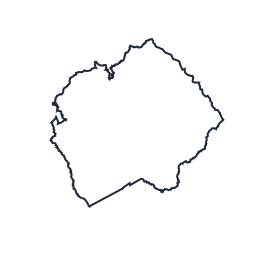 Trancas, Tucumán, Argentina, rotated 136°
{"feature_id": "61730980B98032525509739", "entity_name": "Trancas", "entity_type": "district", "adm_level": 2, "iso_a3": "ARG", "parent_name": "Argentina", "parent_adm1": "Tucumán", "projection": "orthographic", "projection_center": [-65.459, -26.341], "detail": "fine", "context": "isolated", "style": "outline", "palette": "slate", "viewbox_px": 256, "rotation_deg": 136, "n_neighbors": 0, "source": "geoboundaries", "source_scale": "gbopen_adm2", "svg_char_len": 5838}
<svg xmlns="http://www.w3.org/2000/svg" viewBox="0 0 256 256"><g transform="rotate(136 128 128)"><path d="M210.6,111.2L208.7,107.4L208.7,105.5L209.4,101.9L210.4,99.2L210.2,98.1L209.1,98.2L173.3,88.0L172.9,88.5L165.1,87.2L166.2,85.4L153.9,82.4L152.9,80.9L152.8,79.9L153.5,78.8L153.4,78.0L152.1,77.4L152.0,76.5L152.5,75.8L150.8,74.6L150.7,74.2L151.4,73.4L151.3,73.0L150.3,71.7L150.4,70.7L149.4,70.5L149.3,70.1L149.3,68.2L150.2,66.8L150.3,66.1L148.5,61.5L147.2,60.5L147.3,59.9L148.1,59.5L148.4,59.0L148.1,58.2L147.6,57.8L147.2,57.9L145.8,58.9L144.9,58.1L143.9,58.4L143.2,57.8L141.9,55.0L139.8,53.9L139.2,53.9L139.1,54.5L138.8,54.5L136.7,53.3L136.2,52.4L133.4,52.2L132.8,51.8L131.2,52.9L130.9,53.9L130.5,54.3L129.4,53.6L128.9,53.6L129.0,54.6L127.8,55.2L128.1,56.1L127.7,56.5L126.3,59.1L124.7,60.0L123.6,59.8L122.6,61.0L121.5,61.1L121.1,61.9L120.0,62.8L119.5,64.1L117.5,65.5L114.5,65.7L113.6,65.1L113.7,64.3L111.2,64.5L109.3,63.9L109.6,62.5L108.9,61.6L108.1,61.5L107.6,60.7L106.7,60.5L105.7,61.6L104.6,61.8L104.0,61.1L102.1,61.3L101.8,60.6L101.4,60.9L100.7,60.5L98.1,60.4L96.3,61.3L95.3,61.2L94.0,61.8L93.8,61.3L93.3,61.7L92.4,61.2L91.6,61.3L91.5,60.7L90.9,61.0L90.0,60.5L89.1,60.6L87.6,59.7L87.2,60.0L86.8,59.8L86.1,60.7L85.2,61.4L84.2,61.3L83.8,61.9L82.5,62.3L82.4,63.1L79.5,64.9L79.2,65.5L78.7,65.8L78.2,67.0L76.1,66.7L74.7,68.6L73.2,68.8L71.8,69.4L69.4,69.1L67.9,69.4L66.6,68.4L66.2,67.5L65.6,67.0L65.4,66.0L64.1,66.8L62.9,66.6L62.2,67.0L61.8,66.6L61.4,67.2L59.5,67.8L53.7,67.7L53.5,70.2L52.4,72.6L52.1,74.1L51.4,74.9L51.5,76.3L51.0,78.3L51.1,78.7L52.8,80.5L52.0,81.9L52.4,83.1L52.1,86.2L50.3,87.4L50.0,90.5L48.7,91.9L48.5,92.5L48.6,94.5L48.3,95.8L49.4,96.1L50.2,96.8L50.5,98.4L50.3,100.8L50.0,101.6L49.1,102.5L48.0,104.3L48.8,105.0L49.1,105.7L47.4,107.9L46.2,110.6L45.2,111.2L48.4,114.4L49.3,115.8L49.2,116.6L45.8,119.3L45.5,120.3L45.5,120.8L46.1,121.0L48.1,124.6L48.5,127.4L48.1,128.8L47.3,129.8L47.0,130.9L46.4,131.1L48.4,132.1L46.2,138.1L45.2,139.3L45.0,140.3L45.1,141.4L47.7,146.5L46.2,150.0L46.3,151.0L48.6,156.2L48.8,158.1L48.4,160.7L49.3,162.2L49.8,164.2L51.2,166.2L50.9,168.7L50.4,169.6L50.7,171.6L49.6,172.9L49.0,175.3L50.6,176.4L51.2,176.4L51.8,177.0L52.5,176.9L54.4,178.0L54.6,177.6L55.4,177.4L55.8,177.6L56.6,176.9L57.0,177.1L56.7,177.2L57.0,177.5L58.1,177.7L58.7,177.2L59.8,177.5L61.4,176.9L62.9,177.3L64.4,178.4L64.3,179.3L65.0,180.3L66.2,180.5L67.0,181.7L67.6,181.9L68.1,183.5L68.8,184.3L68.8,185.3L70.0,185.5L71.0,184.8L71.5,183.6L72.8,183.6L73.3,183.2L75.5,182.7L76.8,183.1L77.2,183.8L77.6,183.9L78.2,183.1L79.5,182.8L79.8,182.1L81.0,181.9L82.0,180.9L83.5,180.2L84.9,180.0L85.8,180.8L86.7,180.3L87.1,180.7L87.1,181.1L87.7,180.9L87.9,181.1L88.8,180.6L89.6,181.2L91.1,180.9L92.2,181.9L92.7,181.9L92.8,182.4L94.6,182.0L94.9,182.4L94.8,182.8L95.5,182.8L95.7,183.1L96.2,183.1L96.4,183.6L97.3,182.7L98.3,183.1L98.7,183.6L99.1,183.4L99.4,182.4L99.2,181.7L99.3,181.0L100.1,179.1L99.8,177.6L100.0,177.2L101.4,177.1L101.7,177.4L102.1,177.3L102.4,177.9L102.6,177.4L102.0,176.7L102.9,177.1L102.5,176.2L103.0,176.1L102.9,175.6L103.4,175.1L104.5,175.4L104.8,175.1L105.6,175.8L106.2,175.8L106.4,176.2L107.5,175.8L107.5,176.3L106.8,176.6L107.3,177.0L107.2,177.3L105.9,177.7L103.2,180.8L103.2,183.0L102.2,183.4L102.2,184.3L103.2,184.7L103.7,185.4L103.0,185.4L102.7,186.1L101.8,186.4L100.3,188.5L100.4,188.9L101.5,189.7L101.7,190.1L102.8,190.3L104.2,192.0L105.1,194.2L105.3,196.1L104.8,197.1L105.7,198.5L106.3,198.3L106.7,197.1L107.9,196.4L108.8,194.9L109.2,193.5L109.7,194.3L112.8,195.6L113.5,195.7L114.6,195.4L115.5,195.8L118.4,197.8L118.8,198.3L119.0,199.5L122.4,200.1L122.7,200.7L125.1,202.9L126.0,203.0L127.1,203.7L127.4,203.6L127.4,203.0L127.8,202.5L128.3,202.4L130.3,203.4L130.9,203.1L135.1,204.2L135.9,203.2L136.7,203.0L137.6,202.2L138.0,201.3L138.7,200.7L139.3,200.8L140.1,200.4L141.4,200.7L142.4,200.2L143.5,200.6L144.3,200.3L145.5,200.9L146.8,201.0L148.0,200.3L149.7,198.8L152.0,198.2L153.1,198.8L153.5,199.7L154.8,199.7L156.6,200.5L157.2,200.1L158.8,200.0L159.4,199.5L160.6,199.0L160.7,198.5L161.5,198.3L162.4,196.9L163.7,197.4L163.7,197.1L164.3,198.2L165.1,197.9L165.6,197.2L165.0,197.1L165.3,196.8L164.8,196.4L165.0,196.3L164.8,195.8L164.4,195.8L164.6,195.3L164.4,195.0L163.5,194.9L163.9,194.6L163.6,194.3L164.0,194.2L163.8,193.5L164.0,193.2L163.8,192.6L163.4,192.8L163.3,192.4L163.6,191.5L163.9,191.4L164.5,191.9L164.6,191.3L165.9,190.8L165.9,190.2L166.4,189.9L166.1,189.9L166.0,188.8L166.3,188.7L166.1,188.3L164.7,186.7L164.9,185.8L166.2,184.4L166.4,183.9L166.0,182.5L166.3,182.3L166.9,182.6L167.5,182.0L167.8,181.1L167.5,178.3L166.6,177.7L166.5,177.0L167.2,176.6L168.3,178.0L171.6,178.1L175.5,179.7L174.1,180.5L172.1,185.9L173.6,185.2L179.4,185.2L179.2,184.0L180.0,183.3L180.0,182.7L180.5,182.1L181.0,180.1L181.5,179.4L182.3,179.0L182.1,178.6L182.6,177.4L183.9,177.0L184.0,176.4L184.3,176.4L184.1,174.2L185.2,173.9L185.8,172.9L188.2,174.0L189.1,173.4L189.7,173.8L190.2,173.3L190.6,173.5L192.1,173.1L192.4,172.7L192.3,172.0L191.9,172.0L192.7,169.6L192.1,169.3L191.9,168.7L191.2,168.1L191.1,166.8L191.5,165.8L192.0,165.7L191.6,164.0L192.2,163.2L192.8,163.4L192.5,162.8L192.8,162.5L192.6,161.6L193.4,160.3L193.0,159.9L193.0,159.6L193.5,159.4L192.9,158.3L193.1,158.1L193.2,157.6L193.0,156.3L193.3,156.2L193.2,155.7L193.8,154.9L193.2,152.4L194.1,151.5L194.0,150.5L194.8,149.3L195.1,148.1L194.8,146.9L195.1,145.9L195.0,144.1L195.3,143.7L195.7,143.9L196.2,143.5L196.3,142.9L197.2,142.7L197.9,141.7L198.1,140.5L197.9,138.6L198.6,137.8L198.5,137.0L198.9,136.4L199.8,136.5L200.1,135.3L200.4,135.4L200.7,133.8L202.8,132.5L203.7,128.9L203.5,128.2L203.9,127.8L204.3,127.9L205.2,126.4L206.1,126.5L206.6,125.6L207.5,125.3L207.3,124.4L209.1,122.5L209.3,122.1L208.7,121.8L209.1,119.6L209.8,118.2L209.8,117.6L210.8,116.3L210.7,115.3L210.3,115.0L211.0,114.1L210.7,113.6L210.6,111.2Z" fill="none" stroke="#1e293b" stroke-width="2"/></g></svg>